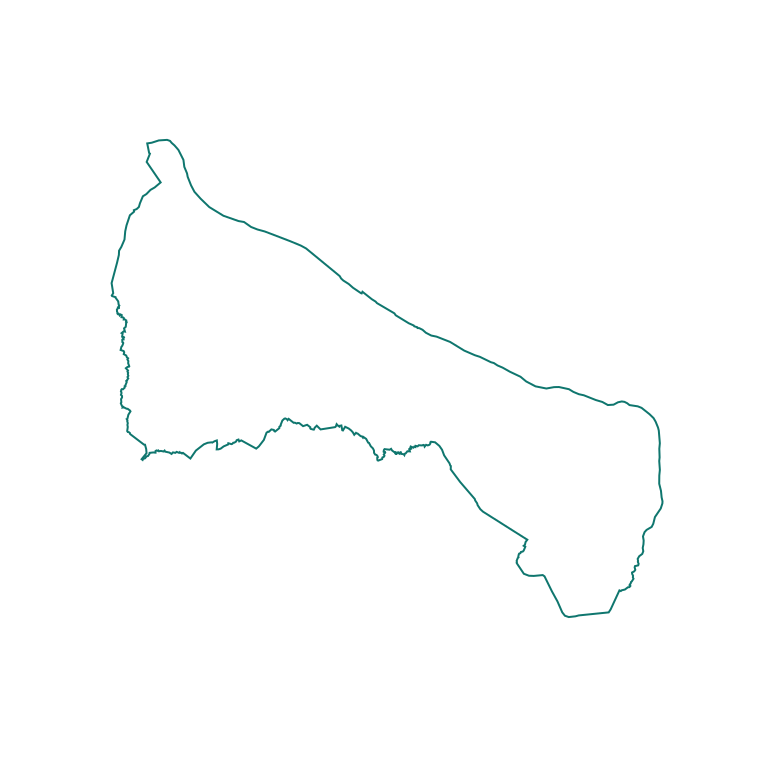 outline of Ban Fang, Khon Kaen, Thailand, rotated 109°
{"feature_id": "78962969B10387092558373", "entity_name": "Ban Fang", "entity_type": "district", "adm_level": 2, "iso_a3": "THA", "parent_name": "Thailand", "parent_adm1": "Khon Kaen", "projection": "orthographic", "projection_center": [102.643, 16.502], "detail": "fine", "context": "isolated", "style": "outline", "palette": "teal", "viewbox_px": 768, "rotation_deg": 109, "n_neighbors": 0, "source": "geoboundaries", "source_scale": "gbopen_adm2", "svg_char_len": 6103}
<svg xmlns="http://www.w3.org/2000/svg" viewBox="0 0 768 768"><g transform="rotate(109 384 384)"><path d="M544.2,133.4L541.3,127.3L539.4,124.5L526.8,97.2L523.2,96.3L502.5,94.2L502.7,92.7L501.7,92.1L499.9,89.3L496.8,87.2L496.2,85.9L494.9,85.3L494.4,85.5L494.3,86.3L493.8,86.4L492.1,85.8L490.9,86.0L490.2,85.5L486.9,84.7L485.9,85.7L484.2,86.1L482.8,87.5L481.5,88.1L479.7,86.4L477.9,85.9L475.8,87.3L474.5,87.4L472.7,84.6L471.1,84.7L469.5,86.1L468.7,86.1L466.8,87.2L463.7,86.6L460.6,84.5L457.7,84.4L454.8,86.0L451.1,86.5L447.5,87.5L443.8,89.5L439.2,89.4L436.4,88.2L432.0,84.4L428.5,83.9L421.6,84.5L411.6,81.8L406.3,81.9L404.2,82.5L400.8,84.6L394.9,87.3L388.7,91.3L380.9,93.9L375.4,95.2L367.2,98.7L363.7,99.5L355.6,102.6L350.2,103.9L338.6,109.0L336.0,110.7L331.2,114.9L328.5,118.0L326.1,123.1L322.7,132.7L322.5,136.8L324.0,145.0L323.0,147.8L322.6,150.8L323.1,153.5L325.1,156.8L328.8,160.2L331.0,165.5L329.9,171.7L330.2,178.5L329.6,191.4L330.2,196.4L329.8,202.4L328.7,207.4L329.9,217.6L331.6,222.2L335.4,229.0L336.9,240.0L335.3,250.4L332.7,257.3L331.4,269.0L329.9,277.2L329.5,282.7L328.4,287.0L328.6,289.9L327.1,302.2L327.2,307.4L326.3,319.0L322.7,335.2L322.1,349.7L322.8,355.1L321.9,361.1L320.2,365.2L319.7,368.9L320.2,370.5L319.5,371.0L319.6,374.2L319.0,374.9L318.5,380.4L315.2,395.3L313.8,397.2L309.8,417.0L308.8,418.8L307.8,423.1L303.8,434.4L305.6,434.6L305.6,435.4L303.1,444.6L300.9,450.0L299.4,456.2L298.2,458.9L296.4,461.0L281.2,501.8L280.2,507.7L279.5,519.5L278.6,546.4L279.1,554.0L278.8,560.8L276.4,569.1L277.3,574.6L277.2,590.6L273.6,606.8L268.5,617.7L264.0,625.8L259.0,631.1L252.0,637.1L249.0,638.8L243.7,643.5L237.4,646.6L229.6,654.6L226.6,659.8L225.2,663.2L223.8,665.5L223.8,668.6L227.0,676.2L231.5,682.2L233.6,686.2L242.0,681.3L242.4,680.3L251.3,680.7L266.1,660.8L272.8,664.8L276.5,668.0L281.8,670.5L285.0,673.1L292.6,673.6L296.4,673.4L299.1,674.8L301.1,677.1L302.4,676.4L307.2,679.2L317.8,679.1L323.8,678.4L331.9,676.4L339.9,677.0L344.2,677.9L348.3,676.7L356.1,675.9L377.3,674.4L386.3,669.6L389.0,670.2L389.4,669.7L389.3,666.1L389.8,665.9L392.4,662.2L395.4,660.7L396.0,659.8L396.6,660.0L398.0,659.5L397.9,660.4L398.2,660.6L399.1,660.2L400.5,660.8L402.5,660.0L403.3,659.1L404.2,659.0L404.6,658.3L404.1,657.5L405.2,656.3L404.0,655.8L404.2,654.4L406.3,654.0L406.0,652.5L406.4,651.4L407.7,651.1L407.3,650.3L407.8,648.4L409.3,648.2L409.4,647.4L410.5,647.6L414.0,646.8L416.0,647.9L418.8,646.0L419.0,647.3L421.2,648.6L421.3,647.6L424.6,647.0L424.7,646.0L424.3,645.4L424.6,645.0L425.3,645.3L426.5,644.8L426.7,645.7L427.4,645.9L429.6,645.0L429.8,644.1L430.5,643.8L433.0,643.9L434.4,644.4L437.6,644.1L437.6,640.9L438.5,640.0L440.5,639.8L441.0,637.0L442.5,635.8L443.0,634.3L444.4,634.6L445.5,633.2L447.6,632.7L450.2,630.6L450.6,630.7L451.4,632.1L453.1,633.2L454.6,630.4L455.8,630.6L456.8,629.5L458.0,629.5L459.5,628.4L460.9,628.8L462.1,627.6L463.5,628.2L464.3,628.0L465.1,628.7L466.1,627.9L469.5,628.1L470.0,627.8L470.5,628.5L471.9,628.0L474.0,629.1L474.2,630.2L474.9,630.5L476.8,630.3L477.2,629.6L478.3,629.2L479.9,629.2L480.6,627.8L482.0,627.3L483.9,627.7L486.8,626.4L487.9,626.6L490.1,624.6L490.4,623.4L491.4,623.5L490.8,622.1L491.2,619.3L490.9,618.3L491.8,615.5L492.4,614.8L496.2,615.7L500.6,615.3L501.0,615.8L502.2,614.6L502.9,614.6L504.4,613.5L506.2,613.3L508.0,612.3L512.1,611.5L512.8,610.6L512.6,609.7L513.0,608.4L514.0,607.7L519.5,591.1L519.2,590.2L522.9,587.7L526.7,586.0L534.0,588.7L534.4,587.5L533.3,587.4L532.0,585.7L529.8,585.0L528.9,583.7L526.3,583.0L525.4,583.2L523.8,579.8L523.3,577.7L521.8,578.2L520.9,577.5L520.9,576.3L520.3,575.8L520.9,574.9L519.9,573.1L519.6,570.5L518.4,569.8L519.2,568.9L518.7,564.6L519.3,562.1L517.4,561.3L517.0,558.8L515.7,558.0L515.8,555.5L515.0,555.0L515.5,554.5L515.0,552.8L515.4,552.3L514.6,551.6L517.5,542.8L508.2,540.2L499.7,534.7L497.0,531.6L495.3,528.1L495.3,527.3L493.3,525.6L491.8,523.7L495.0,522.2L500.3,520.9L499.6,519.1L498.3,517.4L495.2,515.3L491.9,511.7L490.7,511.9L490.5,508.6L489.9,507.9L488.6,507.4L488.2,506.4L486.5,505.1L485.1,505.0L483.9,503.5L485.4,502.2L483.8,500.6L486.7,483.8L483.7,482.0L476.0,479.4L468.2,479.2L466.8,478.1L466.8,477.4L463.6,475.7L463.3,473.2L464.3,472.3L464.4,471.5L459.8,468.6L458.5,469.0L457.0,468.1L456.1,468.4L451.6,468.2L449.2,466.9L448.7,466.1L448.9,464.3L449.6,463.4L448.0,462.8L450.1,456.8L449.6,455.7L449.8,453.7L448.9,452.8L448.6,451.3L450.2,446.8L447.6,443.4L448.9,439.6L449.9,439.3L450.3,438.7L450.1,435.9L449.9,435.4L447.9,435.3L445.3,434.0L447.6,429.2L440.7,416.2L439.8,415.7L437.4,415.7L438.6,413.5L438.8,412.4L438.1,412.5L437.1,410.8L441.3,408.4L441.3,407.7L437.1,406.8L437.6,402.8L438.6,400.0L439.8,397.8L441.7,395.6L439.3,394.6L439.6,393.8L439.4,392.9L440.9,389.1L440.7,387.7L441.6,386.4L440.8,386.2L441.7,383.0L444.6,379.9L444.6,379.0L447.2,376.2L448.5,373.5L450.2,371.8L452.3,371.0L453.6,369.4L453.5,368.0L454.2,366.8L455.1,366.0L455.9,366.4L457.7,365.7L458.3,365.2L458.3,364.5L455.6,361.3L454.0,361.6L452.8,360.4L451.7,360.2L450.7,361.3L448.5,360.5L448.0,360.9L448.4,361.8L448.2,362.3L446.4,362.6L445.4,362.3L444.3,357.3L443.0,356.2L444.2,354.8L445.0,352.4L444.7,351.1L445.9,350.9L446.3,350.0L446.1,349.4L444.6,349.1L444.0,348.5L444.7,347.7L444.9,346.5L443.4,346.5L443.0,346.0L444.4,344.6L444.0,342.5L444.6,341.6L443.2,341.7L442.5,340.9L440.0,340.0L439.3,337.6L437.4,339.0L437.0,338.7L437.3,338.0L436.4,337.3L435.6,338.4L434.4,338.4L434.6,335.4L433.4,335.0L433.4,333.8L432.2,334.0L432.0,331.9L430.6,331.2L429.7,328.0L428.8,327.0L428.8,326.1L430.0,325.2L427.8,324.4L427.8,322.6L426.6,321.2L425.2,320.8L424.0,321.2L423.3,320.8L422.5,316.7L424.5,311.5L427.3,307.7L431.9,303.9L437.7,296.2L439.5,294.8L439.8,294.1L443.0,293.1L451.8,280.2L463.2,260.7L464.4,259.9L466.5,257.1L468.1,256.0L471.0,252.2L472.5,248.8L484.6,197.8L487.3,198.7L490.1,198.4L491.5,199.2L491.9,197.4L496.1,197.7L497.3,198.3L498.2,199.8L499.6,200.0L500.4,201.0L501.3,201.1L503.7,200.8L504.1,200.4L505.1,200.9L508.1,201.0L509.1,200.3L509.9,200.4L510.6,199.6L517.9,190.0L518.1,184.5L516.7,179.9L513.0,171.7L513.6,169.6L525.5,157.6L533.1,149.2L541.9,141.1L544.2,137.5L544.2,133.4Z" fill="none" stroke="#0f766e" stroke-width="2"/></g></svg>